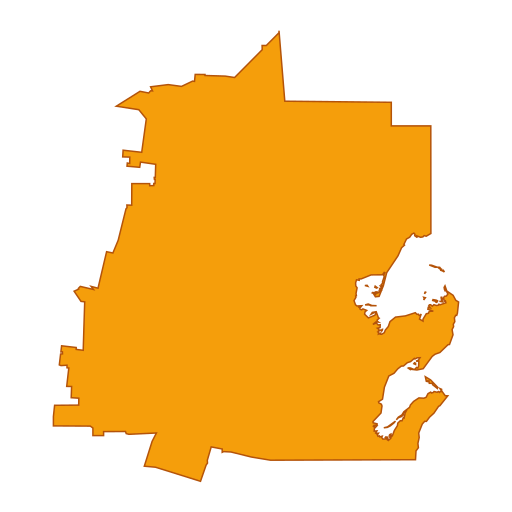 Felipe Carrillo Puerto, Quintana Roo, Mexico
{"feature_id": "50627088B38743512142751", "entity_name": "Felipe Carrillo Puerto", "entity_type": "district", "adm_level": 2, "iso_a3": "MEX", "parent_name": "Mexico", "parent_adm1": "Quintana Roo", "projection": "orthographic", "projection_center": [-87.619, 19.738], "detail": "fine", "context": "isolated", "style": "filled", "palette": "amber", "viewbox_px": 512, "rotation_deg": 0, "n_neighbors": 0, "source": "geoboundaries", "source_scale": "gbopen_adm2", "svg_char_len": 6099}
<svg xmlns="http://www.w3.org/2000/svg" viewBox="0 0 512 512"><path d="M279.0,30.7L279.0,32.7L266.3,45.5L262.1,45.5L262.2,49.7L234.6,77.5L225.2,76.1L205.0,75.5L205.0,74.5L195.2,74.4L194.5,81.4L192.6,81.1L181.5,86.4L168.2,84.6L150.6,86.8L152.5,90.9L150.6,90.8L148.7,93.0L140.0,91.3L116.3,106.2L138.8,109.7L146.3,118.9L141.7,152.3L123.1,150.2L122.7,156.9L129.8,157.1L129.7,163.5L127.3,163.0L127.0,166.2L139.7,167.3L140.5,162.1L155.7,164.3L155.3,177.3L154.2,177.4L154.4,179.4L155.2,179.3L155.0,183.5L153.8,183.5L153.8,185.6L149.7,185.7L149.7,183.6L131.8,183.6L131.7,205.2L126.9,205.0L127.0,207.7L126.0,208.8L118.2,240.2L112.9,253.0L106.6,251.7L98.0,288.2L91.1,286.4L93.5,289.5L80.3,286.4L78.4,288.4L78.7,289.1L74.1,291.2L81.0,301.4L84.7,301.8L83.2,350.3L76.2,349.4L76.2,347.5L61.6,345.8L60.9,351.9L62.4,351.8L62.5,353.9L60.6,354.0L59.3,364.9L61.0,365.6L67.0,365.2L67.0,367.8L68.8,368.0L66.7,386.4L71.6,386.5L71.2,397.7L78.8,398.2L78.7,405.1L54.6,405.3L53.4,416.6L53.4,425.9L90.3,426.1L92.9,428.0L92.9,435.6L103.6,435.6L103.6,431.6L125.5,431.5L126.2,433.6L128.9,434.3L156.4,433.0L152.1,441.4L144.3,466.2L155.4,467.2L200.5,481.3L206.1,465.1L207.5,463.1L207.3,460.3L211.2,446.9L222.2,449.0L222.2,452.3L223.7,451.6L231.0,452.0L251.2,457.0L270.5,460.2L415.5,459.7L416.0,450.9L418.4,447.7L417.9,443.4L419.2,437.5L418.7,433.0L422.3,424.0L424.7,421.3L426.4,421.4L429.6,417.1L433.9,413.2L438.6,406.3L439.9,405.7L447.8,395.8L445.2,395.7L442.2,391.6L440.1,391.6L439.5,392.4L438.3,391.5L437.2,392.3L434.1,391.5L433.2,392.5L431.5,393.0L430.7,392.1L428.0,393.6L426.1,397.3L423.9,398.2L418.9,397.9L413.6,401.4L410.4,405.0L409.6,407.3L403.9,411.7L401.9,414.9L398.4,417.1L396.3,419.8L398.4,417.7L401.9,416.4L402.5,414.9L403.3,415.0L403.2,413.5L404.3,412.0L406.9,410.0L405.2,412.8L404.1,418.0L403.4,417.6L402.0,420.8L400.3,420.7L397.8,423.1L397.4,425.7L394.4,430.4L392.4,435.7L391.4,436.8L391.1,436.3L389.5,436.9L390.7,438.4L388.3,440.5L387.4,439.8L388.1,439.0L387.8,438.7L382.9,439.1L381.7,437.5L382.2,436.2L379.8,436.9L379.4,435.9L378.0,436.3L377.0,434.1L377.7,434.4L378.5,433.2L376.1,433.3L375.6,433.0L376.9,430.9L374.2,431.1L374.4,428.5L376.1,426.7L375.1,427.0L374.1,426.1L374.0,426.9L373.3,426.2L374.1,425.3L377.1,425.2L377.1,423.8L373.1,422.8L373.0,421.5L381.0,413.0L382.0,406.0L381.4,404.2L378.8,402.9L378.5,401.7L382.5,399.2L384.4,387.2L388.8,376.0L394.1,373.2L397.7,368.9L401.3,366.1L403.5,366.0L407.3,362.7L410.6,361.6L414.3,358.4L414.9,359.0L417.2,357.8L420.0,357.7L418.0,360.7L417.4,360.5L416.1,361.2L418.8,361.2L418.6,366.2L417.8,368.0L416.6,367.4L414.4,369.6L410.9,368.2L411.0,369.3L416.9,370.0L423.2,368.7L432.2,356.4L435.1,354.2L439.9,352.5L448.0,344.7L449.5,344.5L453.0,334.8L452.1,329.5L453.6,326.7L453.3,324.2L454.8,321.7L454.4,317.8L455.7,315.3L456.7,315.4L457.4,313.3L458.6,302.0L455.8,300.3L453.1,295.3L446.8,291.0L445.0,285.8L444.1,287.4L444.5,289.6L444.9,290.4L445.3,289.2L447.9,294.0L446.3,296.1L444.5,296.3L442.6,299.1L443.8,298.8L444.2,301.3L445.4,300.8L445.9,302.8L440.0,304.8L438.9,304.2L438.3,305.2L436.5,305.5L433.9,304.7L432.3,306.2L430.6,304.7L429.4,304.8L428.7,305.9L430.3,307.9L428.2,307.5L427.9,309.3L433.3,311.2L430.1,311.3L428.8,312.0L428.5,313.3L426.3,313.7L423.0,319.2L423.0,321.1L419.5,319.1L421.2,314.0L420.0,315.5L419.1,315.4L418.5,314.2L416.9,314.3L415.3,312.7L405.4,315.9L395.5,317.1L390.0,321.6L388.3,326.5L385.3,330.1L384.3,332.7L381.6,334.3L380.4,334.2L380.6,333.1L378.4,334.1L378.7,332.5L377.8,331.9L380.3,330.1L378.6,330.3L378.7,329.1L377.4,328.2L380.1,327.5L380.2,324.7L378.2,325.0L376.3,323.0L372.9,324.4L375.9,321.9L378.5,322.1L377.2,321.2L377.1,320.1L379.2,318.2L378.4,317.7L376.2,311.7L372.3,312.4L371.1,314.2L374.5,312.5L376.3,313.4L374.7,315.3L368.4,317.9L364.6,314.2L365.0,311.9L366.7,310.4L362.9,308.9L361.7,309.8L360.2,309.3L359.6,307.6L358.2,306.8L360.6,307.2L361.8,305.7L357.0,306.0L355.5,304.8L354.0,300.6L355.9,297.4L355.6,296.0L356.4,295.7L356.0,293.5L357.1,287.8L355.8,286.0L355.6,282.9L356.5,279.8L359.2,280.3L359.1,278.9L361.2,278.9L371.1,274.9L382.4,274.8L384.2,272.4L384.8,272.6L383.7,275.3L384.2,276.7L382.5,281.7L382.6,283.2L381.2,284.7L382.3,286.1L380.4,286.0L381.8,287.8L380.9,288.1L381.8,288.4L381.6,289.3L379.1,288.9L381.2,290.3L379.7,290.8L380.3,291.1L379.0,292.2L375.9,291.8L375.3,292.1L378.6,292.5L377.5,293.1L374.6,293.4L372.9,292.4L372.3,292.9L376.3,294.5L374.0,294.5L375.4,296.8L379.1,296.4L383.4,285.6L386.7,272.7L398.0,255.8L401.6,247.7L404.5,245.1L403.9,244.4L406.5,239.0L409.7,237.2L411.7,234.3L413.9,233.1L414.9,234.2L414.7,235.7L416.8,237.2L417.6,236.7L417.2,236.0L420.6,237.3L422.9,236.9L424.2,235.6L426.2,236.2L430.9,233.5L430.8,125.9L391.3,125.9L391.3,102.3L284.8,101.2L279.0,30.7ZM432.6,383.4L432.6,384.7L437.4,388.5L437.7,387.3L430.6,379.9L425.3,376.7L426.3,381.3L428.2,381.7L427.9,380.9L429.0,380.9L429.3,383.3L432.6,383.4ZM429.2,265.0L435.1,267.3L437.2,267.2L431.6,265.2L429.2,265.0ZM383.8,427.8L387.3,427.4L390.3,425.9L393.9,423.0L395.5,421.1L387.5,426.9L383.8,427.8ZM365.1,304.9L369.2,304.9L370.7,305.7L376.6,305.7L371.9,305.5L368.2,304.0L365.1,304.9ZM433.0,299.6L432.7,300.5L435.5,301.3L435.9,300.6L435.7,302.0L436.6,302.4L437.4,301.6L437.6,300.8L436.1,300.1L433.0,299.6ZM374.8,287.3L376.5,288.1L377.3,287.7L375.2,286.1L374.8,287.3ZM367.1,285.3L364.9,285.5L367.8,286.3L367.1,285.3ZM410.6,368.1L408.9,367.8L408.2,368.1L410.2,369.5L410.6,368.1ZM437.7,267.2L439.8,268.9L440.8,268.7L439.7,267.3L437.7,267.2ZM414.5,362.7L413.8,363.7L415.6,364.5L415.6,363.2L414.5,362.7ZM425.4,297.7L423.7,297.3L424.2,298.3L423.7,300.0L425.4,297.7ZM391.0,434.0L389.8,434.6L389.4,435.2L391.1,435.9L391.0,434.0ZM442.0,270.6L443.8,271.7L444.1,271.5L443.3,270.2L442.0,270.6ZM387.7,437.2L385.8,436.9L385.4,437.4L387.5,438.0L387.7,437.2ZM441.8,300.4L441.2,301.3L439.4,301.3L442.5,301.9L441.8,300.4ZM440.0,388.6L441.7,391.4L441.6,389.3L440.0,388.6ZM440.8,269.0L440.7,270.3L441.9,270.7L441.6,269.2L440.8,269.0ZM382.5,329.3L382.3,329.3L380.9,331.4L382.1,330.7L382.5,329.3ZM426.3,292.0L425.0,292.2L424.5,293.9L425.5,292.4L426.3,292.0ZM441.7,297.2L441.1,297.3L441.3,299.2L442.1,299.8L441.7,297.2Z" fill="#f59e0b" stroke="#b45309" stroke-width="1.5"/></svg>